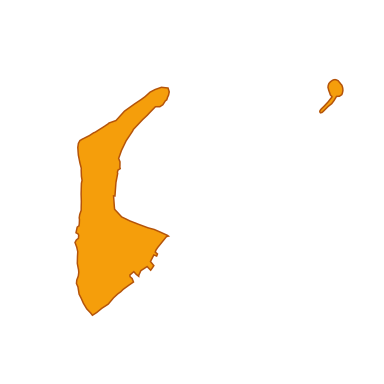 the district of Kolovai, Tongatapu, Tonga, rotated 14°
{"feature_id": "48082658B55363984375879", "entity_name": "Kolovai", "entity_type": "district", "adm_level": 2, "iso_a3": "TON", "parent_name": "Tonga", "parent_adm1": "Tongatapu", "projection": "albers", "projection_center": [-175.316, -21.101], "detail": "fine", "context": "isolated", "style": "filled", "palette": "amber", "viewbox_px": 384, "rotation_deg": 14, "n_neighbors": 0, "source": "geoboundaries", "source_scale": "gbopen_adm2", "svg_char_len": 2188}
<svg xmlns="http://www.w3.org/2000/svg" viewBox="0 0 384 384"><g transform="rotate(14 192 192)"><path d="M179.8,240.5L178.6,240.0L170.5,238.5L164.5,237.5L158.1,237.4L148.2,236.3L138.8,235.1L129.8,233.2L121.1,227.5L120.5,225.9L119.3,222.3L116.8,214.7L118.2,214.5L115.9,201.1L115.4,192.0L114.8,190.8L114.9,188.6L116.7,186.7L116.0,185.4L115.7,183.9L114.8,180.1L112.7,177.2L112.8,176.2L113.5,168.8L115.7,158.2L116.2,156.8L117.9,152.1L119.6,147.3L120.0,145.4L126.7,133.5L130.0,128.4L131.6,125.5L135.9,118.1L140.2,117.0L142.6,114.4L143.9,110.5L144.2,109.8L145.2,108.7L145.4,105.7L145.8,104.0L145.7,100.4L144.4,98.2L143.6,96.9L137.0,97.8L131.4,101.5L127.2,105.2L123.3,111.0L120.1,114.8L115.0,120.4L106.9,129.9L101.0,141.0L94.7,145.2L94.0,146.3L90.0,150.7L86.8,154.0L83.6,157.4L82.2,158.4L80.7,160.0L78.9,162.0L72.7,167.3L70.8,169.2L70.0,172.3L70.4,176.3L71.8,180.7L72.8,183.7L76.3,191.1L78.8,195.7L79.2,197.6L80.9,203.5L82.5,207.3L82.6,210.3L83.3,213.6L84.9,220.8L86.9,227.9L88.1,233.3L88.9,236.6L88.5,241.0L88.8,244.3L89.5,246.1L90.3,250.0L90.5,252.2L89.1,253.9L89.3,259.6L91.5,260.2L92.5,261.3L93.0,264.4L91.4,266.5L90.7,269.3L93.5,273.4L95.6,277.6L96.4,281.9L98.0,289.1L100.8,295.1L101.6,297.5L102.0,301.0L101.5,305.4L102.0,308.7L104.3,311.7L107.2,318.5L110.0,321.7L113.6,326.3L118.2,330.9L122.6,333.7L125.2,335.7L128.7,332.0L130.6,329.4L132.7,326.6L137.9,321.0L141.5,313.6L144.5,309.0L147.0,306.0L148.7,303.2L153.2,297.8L157.0,293.5L154.8,290.4L152.4,289.2L151.8,287.6L154.8,283.4L157.8,285.4L160.7,286.7L160.5,285.6L161.4,280.7L166.5,275.2L170.8,277.9L171.8,275.5L172.8,272.7L168.5,269.5L170.2,262.3L173.2,262.7L173.5,260.5L170.9,259.2L171.1,257.0L172.2,254.0L172.8,252.7L178.0,241.5L179.8,240.5ZM299.3,77.0L297.3,80.2L296.7,81.6L296.5,82.4L296.6,83.3L297.5,84.1L298.9,83.4L299.9,82.0L303.4,76.1L306.2,72.5L307.7,68.9L309.1,64.3L311.9,63.4L313.8,61.3L314.0,59.5L313.9,57.2L313.4,55.5L313.0,54.5L312.1,52.9L311.2,51.8L310.3,51.3L309.1,50.3L307.8,49.4L307.0,48.7L305.1,48.3L303.8,48.3L302.6,48.7L301.3,49.6L299.6,51.6L298.6,53.6L298.4,55.5L298.6,57.5L300.1,60.3L301.9,62.9L302.8,64.4L304.5,65.4L304.8,65.9L302.3,71.6L299.3,77.0Z" fill="#f59e0b" stroke="#b45309" stroke-width="1.5"/></g></svg>